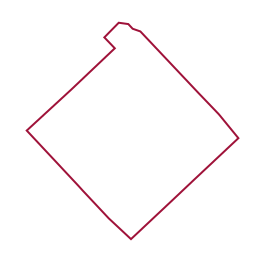 Monroe, Wisconsin, United States of America (orthographic projection), rotated 47°
{"feature_id": "52423323B24305345772996", "entity_name": "Monroe", "entity_type": "district", "adm_level": 2, "iso_a3": "USA", "parent_name": "United States of America", "parent_adm1": "Wisconsin", "projection": "orthographic", "projection_center": [-90.628, 43.943], "detail": "fine", "context": "isolated", "style": "outline", "palette": "rose", "viewbox_px": 256, "rotation_deg": 47, "n_neighbors": 0, "source": "geoboundaries", "source_scale": "gbopen_adm2", "svg_char_len": 363}
<svg xmlns="http://www.w3.org/2000/svg" viewBox="0 0 256 256"><g transform="rotate(47 128 128)"><path d="M210.7,54.2L179.9,52.2L150.5,52.6L65.8,53.1L58.6,56.9L52.2,56.9L44.7,63.0L45.6,83.5L60.7,83.3L61.2,143.3L60.8,203.8L137.2,203.7L142.8,203.8L181.0,203.7L211.3,201.6L211.1,144.9L210.9,114.7L210.7,54.2Z" fill="none" stroke="#9f1239" stroke-width="2"/></g></svg>